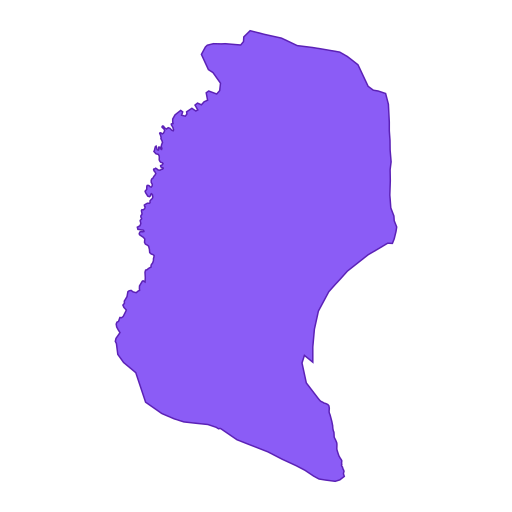 Doma, Nassarawa, Nigeria
{"feature_id": "59680162B87556890682936", "entity_name": "Doma", "entity_type": "district", "adm_level": 2, "iso_a3": "NGA", "parent_name": "Nigeria", "parent_adm1": "Nassarawa", "projection": "natural_earth1", "projection_center": [8.177, 8.137], "detail": "fine", "context": "isolated", "style": "filled", "palette": "violet", "viewbox_px": 512, "rotation_deg": 0, "n_neighbors": 0, "source": "geoboundaries", "source_scale": "gbopen_adm2", "svg_char_len": 4397}
<svg xmlns="http://www.w3.org/2000/svg" viewBox="0 0 512 512"><path d="M236.9,439.7L248.8,444.4L255.8,447.1L268.0,451.9L282.1,459.2L290.8,463.2L296.2,465.7L305.0,470.3L313.8,476.2L319.0,479.0L325.9,480.1L335.2,481.3L339.8,479.9L344.3,476.4L343.5,474.0L343.5,473.2L343.7,472.5L343.8,471.9L344.0,471.3L343.6,470.0L343.2,469.5L342.7,467.9L342.4,466.9L342.0,466.5L341.6,465.6L341.5,464.9L341.8,464.5L341.7,464.0L341.6,463.1L341.6,462.4L341.7,462.2L341.7,461.7L341.8,461.0L341.8,460.8L341.4,459.9L340.0,457.8L338.9,455.8L338.1,453.5L337.0,450.0L336.8,448.8L336.9,445.4L336.9,444.0L336.7,442.7L335.5,439.8L334.3,437.5L334.1,436.2L334.1,435.4L334.0,433.5L333.9,432.1L333.5,431.3L333.2,430.2L332.9,428.8L332.7,426.9L332.7,425.9L331.8,421.4L330.5,416.5L330.1,415.0L329.3,412.9L329.1,411.7L329.2,409.9L329.3,408.2L328.9,405.8L327.8,404.5L325.7,403.5L324.1,403.1L322.7,402.2L320.8,401.3L319.9,400.5L318.3,398.6L306.3,382.9L302.0,363.0L304.4,355.4L312.8,362.2L312.8,347.0L314.4,329.2L318.4,311.1L328.8,291.7L335.3,284.4L340.7,278.6L347.4,271.1L368.2,254.7L378.5,248.7L386.5,243.9L387.7,243.2L392.4,243.4L394.2,238.9L396.0,231.5L396.7,227.0L394.2,220.7L393.9,216.0L390.8,207.9L390.2,199.7L389.8,195.1L390.3,180.8L390.1,169.8L391.1,161.8L390.1,149.8L390.0,140.5L389.3,130.8L389.3,122.1L388.4,104.3L385.6,93.5L378.2,91.0L373.3,90.2L368.1,86.3L358.0,64.8L347.5,56.6L339.7,52.1L318.3,48.4L318.0,48.4L312.5,47.5L297.2,45.6L288.0,41.2L281.4,38.1L264.6,34.4L250.1,30.7L243.8,36.9L243.5,41.6L240.7,45.0L225.1,43.7L221.6,43.9L213.4,43.7L207.3,45.2L205.4,47.0L201.4,54.4L208.4,69.6L213.0,72.6L220.5,83.2L219.7,90.6L216.7,94.0L208.7,91.0L206.2,92.8L207.6,100.2L204.1,101.8L201.4,104.8L197.5,103.1L195.0,105.1L197.8,109.9L195.8,111.0L191.9,108.3L186.6,111.8L186.9,114.0L185.3,116.2L181.6,115.2L182.7,111.9L180.7,110.4L175.0,114.9L172.7,119.0L172.7,121.8L173.0,123.6L171.4,123.9L171.3,124.7L172.8,127.2L173.6,129.9L173.2,130.8L171.8,130.3L169.9,128.3L168.2,127.7L166.5,129.0L164.6,127.9L163.5,126.2L162.6,126.0L162.1,126.5L162.1,127.4L163.1,128.2L163.9,128.9L164.7,130.6L164.0,132.2L163.3,133.3L162.2,133.9L160.8,132.8L160.0,132.8L159.7,133.4L160.5,135.2L161.1,137.5L160.9,138.7L162.0,140.7L162.5,142.5L161.7,144.4L161.2,146.4L161.9,148.5L161.6,149.4L160.6,148.8L160.0,147.3L158.9,147.0L158.6,147.7L158.8,149.2L158.3,150.1L157.2,149.7L156.1,146.1L155.4,146.6L154.9,148.3L154.5,150.2L153.9,151.5L156.0,153.8L158.3,154.4L159.1,155.7L159.3,157.2L159.2,159.9L160.0,161.5L160.8,162.3L162.5,162.8L163.0,163.7L162.6,164.3L161.8,165.2L160.6,165.5L160.7,166.5L161.3,167.4L163.0,167.8L163.2,168.5L162.5,169.2L161.1,169.4L160.5,170.1L158.9,170.2L157.8,169.8L156.6,168.7L155.6,168.2L154.9,168.8L153.7,169.1L153.6,169.7L154.2,171.1L155.1,172.1L155.8,173.6L154.9,175.2L153.9,176.3L153.0,178.0L151.8,178.9L151.2,180.3L151.2,182.3L152.3,184.4L152.2,185.7L151.3,187.1L150.3,186.9L149.1,185.7L148.0,185.3L147.1,185.5L146.8,186.5L146.7,189.4L145.1,191.2L145.6,192.7L147.0,194.9L147.7,196.1L149.4,196.7L150.6,195.7L150.8,194.2L151.5,193.7L152.5,194.7L152.8,197.0L152.4,198.4L151.0,199.7L150.0,200.9L150.1,202.6L149.4,203.3L147.4,203.2L145.1,204.5L144.3,205.1L144.6,206.4L145.2,206.9L144.6,208.7L143.3,209.8L141.9,209.7L141.4,210.7L142.0,213.6L141.8,214.7L141.0,215.4L140.8,216.3L141.0,217.4L141.6,218.3L141.5,219.1L140.5,220.0L140.1,220.8L140.5,221.9L140.8,223.6L140.0,225.7L137.3,227.2L137.9,229.4L143.0,230.1L143.6,230.4L143.9,231.5L142.7,231.8L140.8,231.6L139.8,232.1L139.2,233.8L139.6,234.8L143.3,237.3L144.8,239.0L144.5,242.3L145.4,244.1L147.6,245.3L148.6,246.2L149.4,249.3L149.7,252.6L151.2,254.0L153.0,254.6L154.1,255.5L153.9,257.2L153.5,258.4L153.4,260.8L152.6,263.0L151.5,264.4L151.1,265.2L151.0,267.1L149.6,267.8L148.4,268.5L147.1,269.7L145.6,270.1L145.0,272.2L145.3,277.9L145.0,282.0L143.1,280.8L142.3,281.2L139.5,285.9L139.4,288.5L139.6,290.3L137.9,291.2L136.2,292.7L133.1,291.9L131.1,290.4L129.1,290.8L127.9,291.7L127.0,296.6L125.6,299.0L124.3,301.1L124.4,303.3L122.9,305.1L123.9,307.4L126.3,310.0L125.7,311.5L123.2,316.5L121.6,317.7L119.9,317.5L118.5,321.4L116.9,322.2L116.2,324.1L116.7,327.0L118.3,330.0L120.0,332.6L117.8,335.8L116.0,338.3L115.3,341.4L116.4,343.5L117.8,354.4L123.6,362.5L135.8,372.7L145.6,402.2L157.8,410.7L161.3,413.2L162.2,413.7L174.1,418.8L183.8,421.9L197.2,423.4L207.9,424.5L216.2,427.3L218.6,428.8L220.1,428.4L221.3,429.0L224.2,431.0L236.9,439.7Z" fill="#8b5cf6" stroke="#5b21b6" stroke-width="1.5"/></svg>